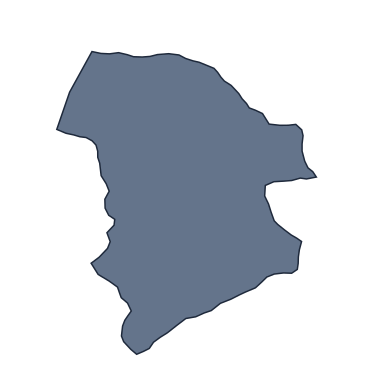 outline of Santa Cruz da Conceição, São Paulo, Brazil, rotated 262°
{"feature_id": "56859067B94691045798687", "entity_name": "Santa Cruz da Conceição", "entity_type": "district", "adm_level": 2, "iso_a3": "BRA", "parent_name": "Brazil", "parent_adm1": "São Paulo", "projection": "natural_earth1", "projection_center": [-47.493, -22.126], "detail": "fine", "context": "isolated", "style": "filled", "palette": "slate", "viewbox_px": 384, "rotation_deg": 262, "n_neighbors": 0, "source": "geoboundaries", "source_scale": "gbopen_adm2", "svg_char_len": 1533}
<svg xmlns="http://www.w3.org/2000/svg" viewBox="0 0 384 384"><g transform="rotate(262 192 192)"><path d="M88.3,241.5L93.2,248.6L97.4,254.3L99.3,262.0L99.1,271.3L97.7,279.4L100.7,285.5L106.5,287.2L112.9,288.3L119.9,290.3L127.7,293.6L131.7,289.3L135.6,284.3L141.5,278.4L147.9,272.4L152.0,269.4L161.1,267.5L169.5,266.1L177.9,263.4L188.3,265.5L190.8,274.5L190.0,284.3L189.5,292.3L190.7,301.2L189.0,307.1L189.5,317.2L195.2,314.5L199.8,310.2L206.9,307.9L217.2,306.7L224.3,307.7L232.3,309.8L238.3,309.3L244.5,304.2L244.7,296.7L245.8,288.4L248.5,277.8L259.9,272.7L264.2,266.1L267.3,260.4L272.0,258.3L277.3,254.6L283.0,252.0L292.1,245.6L297.3,239.5L301.7,236.6L306.8,234.1L311.4,231.0L315.2,224.5L319.5,217.1L321.7,211.3L325.1,204.3L329.5,198.2L332.2,188.2L332.9,176.9L332.1,169.3L332.6,161.5L334.1,152.9L337.0,147.0L340.2,138.7L340.3,129.5L341.9,121.1L345.0,112.5L307.9,84.7L272.8,66.8L267.7,75.4L265.0,82.8L262.3,88.7L260.7,94.7L256.6,100.2L251.8,103.5L245.5,104.3L239.4,103.5L233.4,104.6L220.8,104.3L212.1,108.2L204.3,110.1L197.0,104.7L188.1,103.7L180.5,106.3L175.7,111.7L170.0,110.2L163.5,102.1L154.2,104.1L147.9,100.5L140.3,90.9L135.5,82.2L130.6,84.4L123.4,87.6L115.3,97.6L108.2,105.0L102.0,106.2L97.2,107.2L91.0,112.7L82.6,115.3L78.6,111.5L74.3,107.6L68.9,104.6L59.2,102.1L53.3,103.5L44.7,109.5L39.0,114.6L40.9,121.7L43.0,127.9L48.6,133.0L52.6,140.4L56.0,148.0L62.4,159.0L67.6,168.3L67.9,178.3L70.5,187.2L71.9,194.6L77.8,204.6L80.5,215.8L83.4,224.2L85.5,231.0L88.3,241.5Z" fill="#64748b" stroke="#1e293b" stroke-width="1.5"/></g></svg>